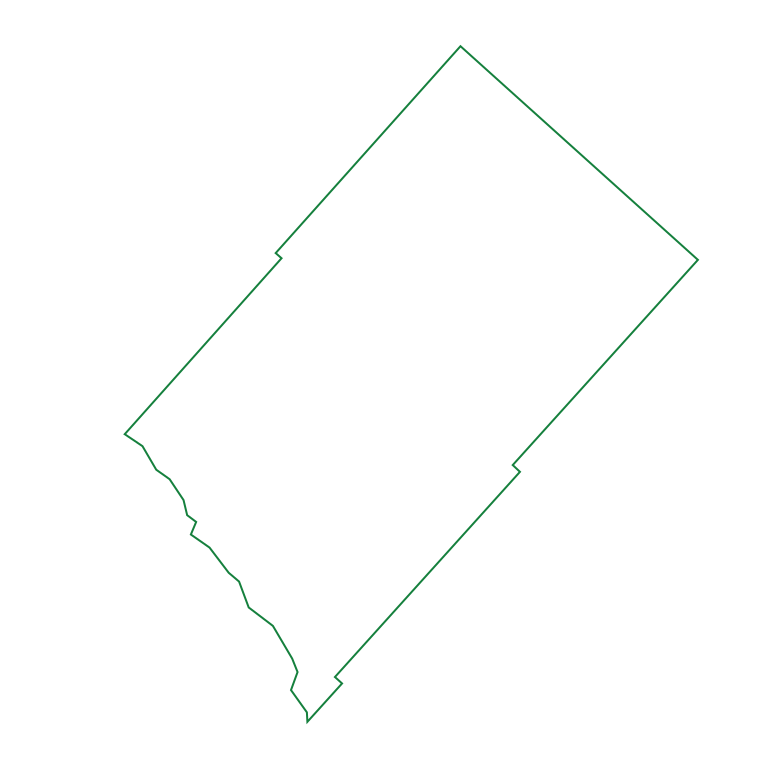 Brown, Nebraska, United States of America, rotated 222°
{"feature_id": "52423323B61841998846050", "entity_name": "Brown", "entity_type": "district", "adm_level": 2, "iso_a3": "USA", "parent_name": "United States of America", "parent_adm1": "Nebraska", "projection": "natural_earth1", "projection_center": [-99.937, 42.466], "detail": "fine", "context": "isolated", "style": "outline", "palette": "green", "viewbox_px": 768, "rotation_deg": 222, "n_neighbors": 0, "source": "geoboundaries", "source_scale": "gbopen_adm2", "svg_char_len": 499}
<svg xmlns="http://www.w3.org/2000/svg" viewBox="0 0 768 768"><g transform="rotate(222 384 384)"><path d="M537.7,686.2L553.2,686.2L552.1,408.8L544.3,408.9L543.1,173.2L521.9,176.2L495.9,167.9L479.6,169.8L455.3,163.6L442.5,154.8L431.3,155.8L426.8,142.9L404.2,145.7L373.1,139.8L359.5,140.2L335.0,127.4L304.7,129.9L268.5,118.5L255.5,112.1L248.3,94.3L221.6,88.4L214.9,81.7L214.8,133.4L224.4,133.4L224.2,409.7L234.1,409.9L233.8,686.3L537.7,686.2Z" fill="none" stroke="#15803d" stroke-width="2"/></g></svg>